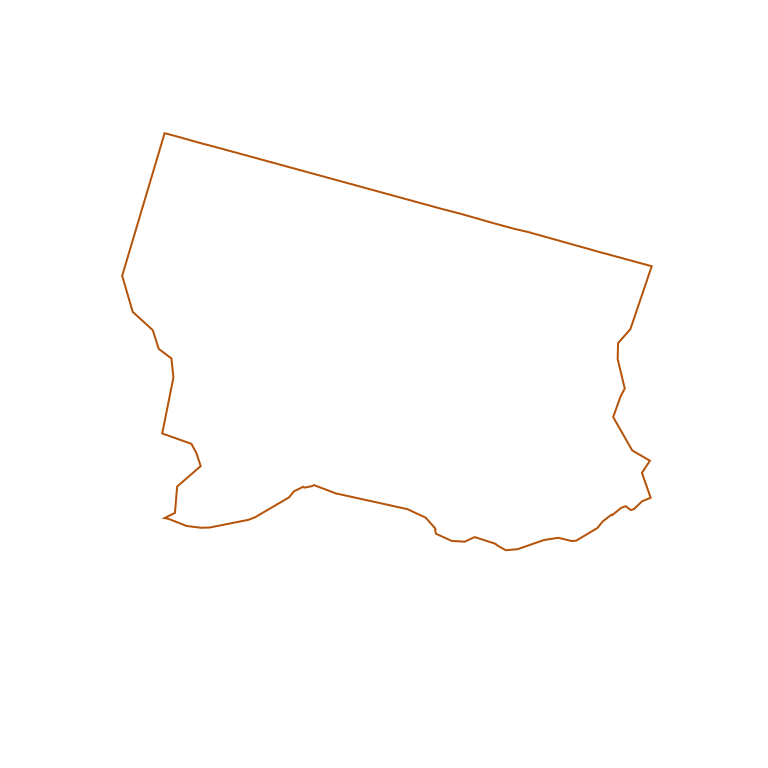 Kent, Delaware, United States of America (Robinson projection), rotated 109°
{"feature_id": "52423323B47097694246075", "entity_name": "Kent", "entity_type": "district", "adm_level": 2, "iso_a3": "USA", "parent_name": "United States of America", "parent_adm1": "Delaware", "projection": "robinson", "projection_center": [-75.51, 39.098], "detail": "fine", "context": "isolated", "style": "outline", "palette": "amber", "viewbox_px": 768, "rotation_deg": 109, "n_neighbors": 0, "source": "geoboundaries", "source_scale": "gbopen_adm2", "svg_char_len": 1220}
<svg xmlns="http://www.w3.org/2000/svg" viewBox="0 0 768 768"><g transform="rotate(109 384 384)"><path d="M185.5,169.2L189.1,223.8L193.4,297.4L194.9,311.4L196.4,334.6L196.4,334.9L197.7,359.4L198.0,365.2L199.7,387.1L201.1,409.0L213.6,602.2L215.5,630.4L215.7,631.6L217.0,653.6L217.0,654.8L218.0,669.4L218.3,672.8L218.3,673.1L366.9,666.8L397.6,645.1L408.4,620.1L424.1,608.5L429.1,593.3L446.5,585.2L503.0,577.6L503.3,546.6L510.3,539.0L521.3,530.6L548.3,546.2L573.9,539.7L582.2,547.8L581.7,544.2L581.7,542.3L582.5,524.4L579.5,510.2L576.5,502.2L556.5,467.9L552.2,462.7L522.0,436.8L514.9,434.3L507.5,427.0L507.9,425.6L503.9,418.6L503.3,418.1L502.4,417.3L503.1,393.7L494.7,320.9L495.1,317.5L496.8,301.1L504.0,288.3L505.4,288.1L508.7,286.2L510.3,268.8L506.8,256.3L499.9,249.2L499.2,248.2L498.8,226.6L499.8,224.2L501.5,214.7L496.7,203.9L479.4,181.9L472.8,169.4L472.6,168.4L471.4,155.7L469.6,151.3L450.6,135.3L442.8,132.5L433.4,126.3L433.5,125.4L424.2,119.6L423.0,118.4L421.7,116.7L420.8,115.5L422.9,109.8L420.8,106.9L411.0,101.9L405.2,95.4L404.7,94.9L384.0,111.2L370.0,107.6L366.0,127.7L340.7,156.5L319.0,156.3L309.9,154.9L284.3,171.2L269.1,176.0L251.9,168.9L185.5,169.2Z" fill="none" stroke="#b45309" stroke-width="2"/></g></svg>